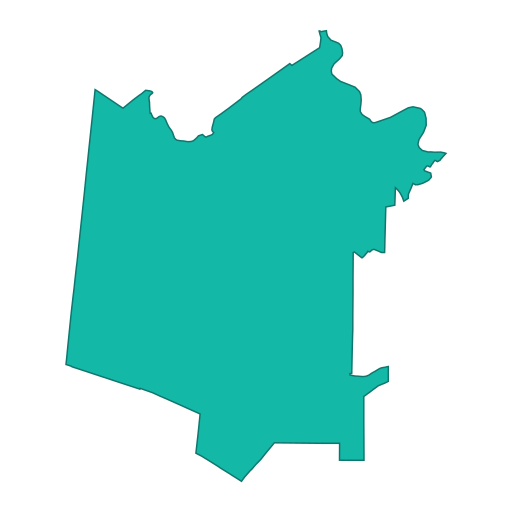 the district of Vulturu, Vrancea, Romania
{"feature_id": "2599482B3824966858584", "entity_name": "Vulturu", "entity_type": "district", "adm_level": 2, "iso_a3": "ROU", "parent_name": "Romania", "parent_adm1": "Vrancea", "projection": "albers", "projection_center": [27.441, 45.598], "detail": "fine", "context": "isolated", "style": "filled", "palette": "teal", "viewbox_px": 512, "rotation_deg": 0, "n_neighbors": 0, "source": "geoboundaries", "source_scale": "gbopen_adm2", "svg_char_len": 4809}
<svg xmlns="http://www.w3.org/2000/svg" viewBox="0 0 512 512"><path d="M351.6,460.3L354.5,460.3L364.0,460.3L363.9,438.6L363.8,421.8L363.8,410.9L363.8,400.1L363.8,396.4L364.1,396.2L364.5,396.0L366.7,394.4L367.4,393.8L368.9,392.8L371.8,390.6L373.2,389.5L375.6,387.8L377.3,386.5L377.8,386.1L378.1,385.9L378.7,385.6L379.7,385.2L381.1,384.6L382.2,384.1L384.2,383.4L388.3,381.4L388.3,366.5L387.0,366.8L386.0,367.0L384.8,367.3L382.7,367.6L381.8,367.8L380.4,368.2L379.2,368.8L377.5,369.8L375.9,370.8L375.1,371.3L373.4,372.2L372.2,372.9L371.4,373.3L370.5,374.0L368.9,375.1L367.4,375.7L365.9,376.3L364.7,376.4L363.1,376.6L361.8,376.5L360.3,376.4L358.2,376.2L355.9,376.1L354.2,375.9L353.1,375.7L351.5,375.3L350.9,375.3L350.3,375.1L350.0,374.9L349.9,373.7L350.2,373.5L350.6,373.4L351.3,373.4L351.7,373.4L351.8,372.4L351.8,369.8L351.9,365.9L352.2,351.0L352.6,335.4L352.8,329.4L352.8,327.2L352.8,325.9L352.8,315.5L353.0,293.2L353.0,277.3L353.0,276.4L353.1,265.5L353.2,252.5L354.4,252.0L361.8,257.8L362.3,257.7L362.8,257.3L363.6,256.5L364.7,255.4L366.0,253.8L366.9,252.8L367.4,252.1L367.8,251.3L368.4,251.6L369.1,251.9L369.6,251.9L369.9,251.8L370.4,251.5L370.7,251.2L371.3,250.5L371.6,250.2L372.7,249.7L373.8,249.3L375.3,249.8L376.1,250.2L378.4,251.1L381.2,252.4L381.8,252.5L384.6,252.5L384.8,246.3L384.9,240.1L385.5,218.6L385.8,207.0L394.8,205.2L395.4,187.7L396.1,188.3L397.1,189.3L398.4,190.7L399.2,191.7L399.8,192.6L400.3,193.4L400.7,194.0L401.5,195.6L402.0,196.5L402.5,197.5L402.8,198.4L403.4,200.1L403.8,201.2L408.3,198.3L408.4,194.4L408.7,193.5L411.3,187.6L412.9,183.4L414.7,184.4L415.3,184.7L415.6,184.8L415.8,184.6L416.8,184.7L417.7,184.7L418.6,184.5L419.6,184.2L422.6,183.3L424.5,182.4L426.6,181.3L427.5,180.9L428.3,180.4L428.9,180.0L429.9,178.8L430.7,178.0L431.4,176.9L430.7,173.1L429.0,172.4L427.8,172.1L426.8,171.6L426.3,171.4L425.8,171.3L424.9,171.0L424.7,170.8L423.9,169.6L424.5,169.0L426.0,167.0L426.4,166.5L426.8,166.1L427.2,165.9L427.5,165.9L427.8,165.9L428.6,166.3L429.5,166.8L429.9,166.9L430.2,166.9L430.5,166.8L430.6,166.5L431.6,164.6L431.8,164.4L432.6,163.5L433.6,161.9L435.0,160.3L435.4,160.5L436.2,160.9L436.9,161.4L437.4,161.6L438.2,161.3L438.9,160.9L439.5,160.5L440.0,160.3L441.2,158.6L441.7,158.2L442.4,157.3L442.9,156.7L446.0,153.4L445.2,153.1L443.7,152.7L440.6,152.1L435.5,152.2L434.2,152.2L430.6,151.9L428.1,152.0L422.2,150.4L419.2,147.6L417.9,144.3L419.0,139.5L423.5,132.4L424.4,130.1L426.2,125.3L426.1,120.7L426.1,118.5L425.0,114.0L424.5,112.2L421.8,109.4L420.9,108.8L420.0,108.3L413.0,106.8L408.3,107.8L402.8,110.7L390.4,117.4L379.6,121.1L374.8,122.7L372.5,122.6L371.1,121.4L369.6,119.2L364.9,116.5L362.1,114.5L360.3,111.6L360.2,109.5L360.9,104.0L361.2,100.0L360.8,94.8L359.5,91.6L355.1,87.2L340.5,81.4L336.6,78.6L331.8,74.0L331.3,71.0L331.7,68.0L334.1,63.8L339.7,58.7L342.3,55.5L342.6,52.8L342.0,48.7L340.7,45.3L338.7,43.3L336.2,42.2L331.0,40.2L327.7,36.5L326.7,33.3L326.4,30.7L322.4,31.4L321.0,31.7L320.7,31.6L320.0,31.0L319.5,30.9L319.1,31.0L319.6,32.9L321.0,37.8L320.4,42.8L319.6,47.7L291.9,65.4L289.8,63.6L280.7,70.1L270.3,77.5L251.8,90.5L246.4,94.2L242.0,97.5L241.5,98.5L237.3,101.7L228.9,108.1L221.1,113.8L218.5,115.6L215.6,117.6L214.3,119.0L213.4,123.0L212.2,127.3L211.9,129.9L212.2,130.9L213.7,132.6L212.4,134.4L210.8,135.2L207.9,136.2L206.1,137.1L204.8,136.6L203.3,135.2L202.4,134.5L198.5,135.8L196.6,138.0L193.5,140.7L191.1,141.5L187.7,141.7L183.8,141.0L180.6,140.8L177.1,140.2L176.0,139.6L174.5,138.0L173.4,134.9L172.5,132.3L171.2,130.1L169.6,128.0L168.6,126.5L167.1,123.4L166.4,121.7L165.4,119.4L164.4,117.8L163.0,116.8L161.4,116.1L160.3,116.1L159.3,116.5L158.6,116.9L157.4,117.9L156.4,118.5L155.1,118.7L154.2,118.4L153.2,117.6L152.6,116.7L151.6,114.6L151.1,113.2L150.2,113.3L150.0,111.8L149.9,110.2L149.6,105.9L149.5,102.4L149.0,99.0L149.0,97.1L149.9,95.3L150.7,94.5L152.1,93.5L152.7,92.8L152.0,91.7L151.2,91.3L149.4,90.8L145.7,90.3L144.8,91.0L141.5,93.8L139.1,95.4L132.9,100.1L123.0,108.2L118.6,105.3L98.3,91.6L95.1,89.6L94.3,97.4L93.5,105.2L92.2,117.9L89.5,143.2L87.8,159.5L87.3,164.3L86.1,175.4L85.9,177.6L84.5,191.6L78.0,252.9L77.0,262.6L76.6,265.4L75.9,271.5L74.9,280.5L74.3,286.1L74.2,287.2L72.8,298.9L72.3,303.5L71.8,307.6L70.4,320.8L70.4,321.3L70.2,322.8L70.0,324.8L67.5,349.4L67.0,354.7L66.9,355.9L66.0,364.5L68.8,365.4L71.5,366.3L72.0,366.8L78.5,368.9L114.8,380.9L127.3,385.0L139.8,389.1L139.8,388.4L140.3,388.4L152.3,392.6L158.3,395.3L159.7,396.0L166.3,398.8L166.5,398.9L168.7,399.9L190.4,409.6L197.1,412.6L200.1,414.0L198.9,426.0L197.7,437.3L197.3,440.7L195.9,453.2L201.2,455.9L208.4,460.3L219.2,467.1L219.4,467.4L226.2,471.6L233.3,476.1L241.5,481.3L244.4,477.3L250.7,470.1L251.3,469.8L255.9,464.4L259.4,460.9L260.9,459.3L266.4,452.4L274.4,442.8L322.5,443.3L339.6,443.3L339.5,460.2L349.0,460.3L351.6,460.3Z" fill="#14b8a6" stroke="#0f766e" stroke-width="1.5"/></svg>